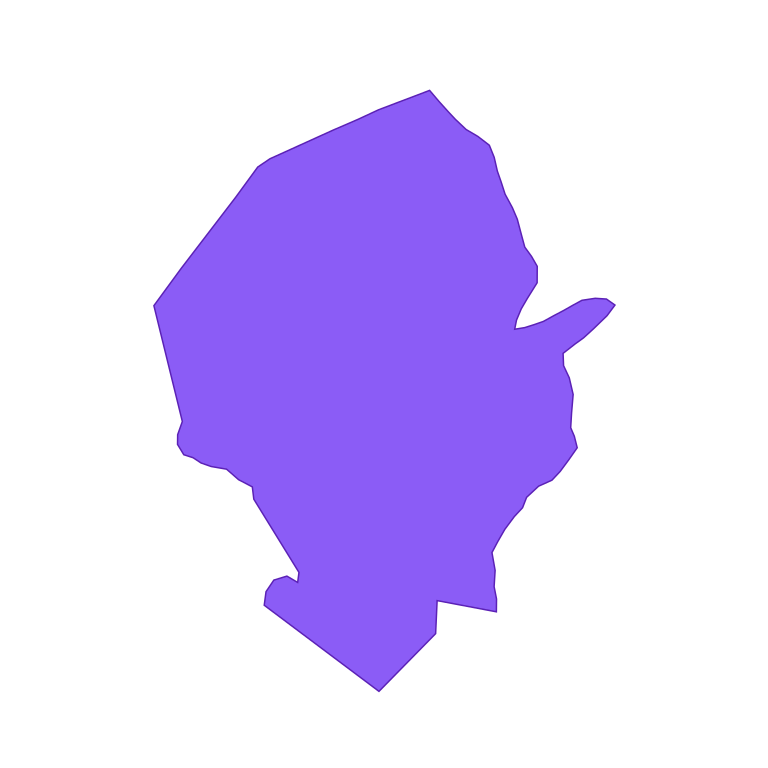 Anadia, Alagoas, Brazil (orthographic projection), rotated 232°
{"feature_id": "56859067B99757854432451", "entity_name": "Anadia", "entity_type": "district", "adm_level": 2, "iso_a3": "BRA", "parent_name": "Brazil", "parent_adm1": "Alagoas", "projection": "orthographic", "projection_center": [-36.324, -9.663], "detail": "fine", "context": "isolated", "style": "filled", "palette": "violet", "viewbox_px": 768, "rotation_deg": 232, "n_neighbors": 0, "source": "geoboundaries", "source_scale": "gbopen_adm2", "svg_char_len": 1215}
<svg xmlns="http://www.w3.org/2000/svg" viewBox="0 0 768 768"><g transform="rotate(232 384 384)"><path d="M587.4,250.9L478.6,202.0L471.1,190.2L463.5,184.1L451.5,182.7L443.4,188.2L434.4,191.2L425.4,197.0L413.8,207.5L398.1,210.5L384.0,216.9L373.4,210.5L287.9,201.0L280.8,193.8L292.4,189.2L297.3,176.5L293.0,163.2L283.4,153.4L144.9,190.8L155.5,271.0L180.6,292.5L135.3,332.3L145.3,340.3L156.5,346.0L168.7,356.8L184.7,365.3L189.8,376.7L195.1,389.8L199.3,405.1L201.2,417.0L206.9,426.6L208.3,442.9L204.8,457.2L206.7,469.2L210.5,482.9L214.8,497.0L225.6,501.8L234.6,504.2L245.6,513.9L259.3,526.6L274.8,533.8L287.9,536.8L297.9,544.0L297.9,559.3L297.5,569.6L298.5,582.9L300.5,601.8L304.0,614.6L314.0,611.6L321.5,603.2L328.1,591.5L329.7,581.9L331.3,571.0L333.2,560.5L335.2,548.1L338.3,539.0L341.8,529.6L346.7,520.7L352.8,527.8L358.7,538.4L363.2,549.7L369.5,567.0L382.4,577.2L393.6,578.8L405.2,579.2L417.3,584.3L431.8,590.5L443.8,593.7L459.1,596.3L471.1,600.7L482.0,604.4L494.8,610.4L507.3,614.0L521.3,610.4L534.0,605.4L548.5,603.2L558.5,602.3L572.6,601.3L587.3,600.7L603.4,548.7L608.5,526.7L615.4,500.2L631.7,432.8L632.7,418.1L622.5,382.2L600.0,295.5L587.4,250.9Z" fill="#8b5cf6" stroke="#5b21b6" stroke-width="1.5"/></g></svg>